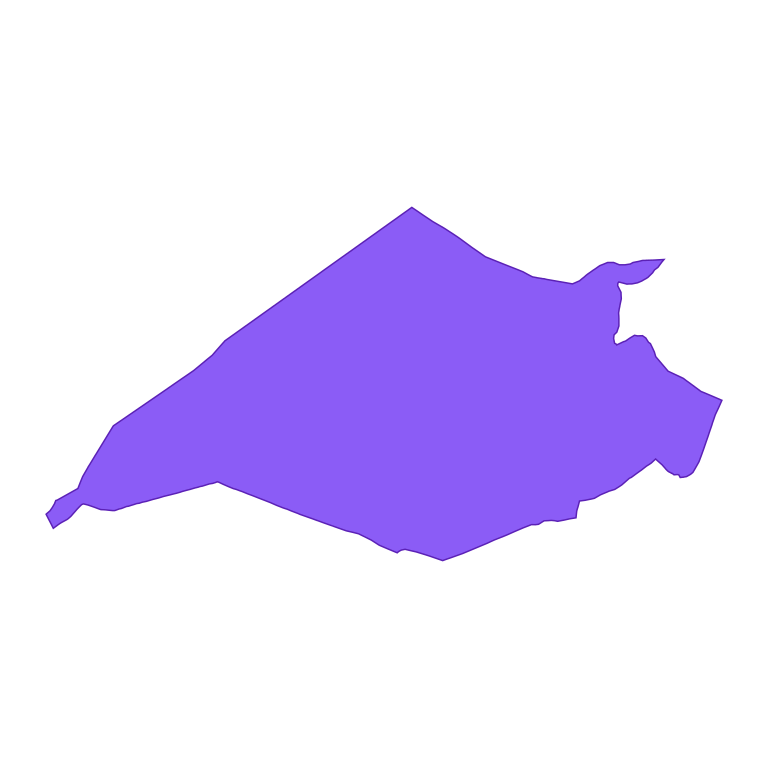 the district of Hulu Sungai Utara, Kalimantan Selatan, Indonesia
{"feature_id": "22746128B21492383155838", "entity_name": "Hulu Sungai Utara", "entity_type": "district", "adm_level": 2, "iso_a3": "IDN", "parent_name": "Indonesia", "parent_adm1": "Kalimantan Selatan", "projection": "robinson", "projection_center": [115.192, -2.43], "detail": "fine", "context": "isolated", "style": "filled", "palette": "violet", "viewbox_px": 768, "rotation_deg": 0, "n_neighbors": 0, "source": "geoboundaries", "source_scale": "gbopen_adm2", "svg_char_len": 5352}
<svg xmlns="http://www.w3.org/2000/svg" viewBox="0 0 768 768"><path d="M664.0,259.5L653.7,260.1L646.0,260.3L645.9,260.4L645.4,260.4L643.0,260.4L641.8,260.6L638.7,261.4L633.0,262.5L630.3,264.0L629.6,264.1L625.0,264.8L624.3,264.8L623.8,264.8L623.0,264.8L619.8,264.8L619.5,264.8L618.8,264.6L618.3,264.4L617.7,264.1L617.3,264.0L615.7,263.3L613.6,262.5L610.1,262.5L607.6,262.5L605.9,263.2L602.7,264.5L599.9,265.6L598.4,266.6L595.9,268.4L594.1,269.6L593.0,270.3L590.5,272.1L590.4,272.2L589.8,272.6L587.9,273.9L586.1,275.3L584.9,276.4L583.6,277.5L581.9,278.8L581.5,279.2L580.5,280.0L579.6,280.8L578.9,281.1L577.3,281.8L574.8,282.9L572.9,283.7L572.8,283.8L572.4,283.9L572.0,283.8L568.5,283.2L565.2,282.6L558.8,281.5L547.2,279.5L546.2,279.3L544.3,278.8L542.3,278.6L542.0,278.6L541.9,278.6L541.6,278.5L541.5,278.4L541.4,278.4L541.2,278.4L537.3,277.8L536.8,277.7L536.6,277.6L532.6,276.9L530.2,275.7L527.2,274.1L523.0,271.8L519.5,270.4L519.1,270.2L508.4,266.0L505.1,264.7L485.4,256.8L471.3,247.0L471.2,246.9L459.5,238.3L456.6,236.3L447.0,230.0L446.7,229.8L444.2,228.2L435.9,223.4L432.8,221.6L423.7,215.5L419.6,212.7L418.3,211.8L411.8,207.4L392.9,220.9L378.9,230.9L360.0,244.4L322.7,271.0L320.1,272.9L228.3,338.4L225.9,340.1L225.1,340.7L224.9,340.8L224.1,341.8L223.6,342.3L215.5,351.5L212.2,355.3L208.1,358.6L193.6,370.6L174.3,383.9L164.5,390.7L160.0,393.8L158.1,395.1L113.4,425.8L112.8,426.7L96.0,454.2L94.9,455.9L94.7,456.3L89.7,464.5L88.1,467.0L88.0,467.3L87.9,467.5L82.7,476.5L80.4,482.1L77.9,488.5L57.2,500.1L55.8,500.5L54.8,502.9L54.7,503.4L52.3,507.5L50.3,510.4L49.9,510.9L46.3,514.0L46.1,514.2L46.9,515.8L47.5,517.0L47.7,517.3L48.0,518.0L50.3,522.4L53.3,528.3L58.4,524.5L58.6,524.4L59.2,524.0L59.4,523.8L61.7,522.4L66.7,519.7L67.8,519.0L70.7,516.5L71.8,515.3L72.2,514.8L75.2,511.4L77.0,509.3L79.1,507.1L79.9,506.3L80.5,505.7L81.2,505.0L81.4,504.9L81.8,504.5L83.5,503.9L87.9,505.0L91.4,506.2L95.1,507.5L98.8,508.9L100.8,509.6L105.1,509.8L110.6,510.4L112.8,510.6L114.4,510.6L115.3,510.4L116.1,510.1L119.1,509.0L121.4,508.5L124.0,507.5L126.5,506.5L128.6,506.2L131.0,505.4L134.3,504.4L136.6,503.6L139.4,503.2L142.3,502.2L146.3,501.4L152.6,499.5L158.5,498.0L163.7,496.4L170.3,494.8L174.1,493.8L175.9,493.4L179.8,492.3L182.5,491.4L187.3,490.1L190.1,489.4L191.4,489.0L195.1,487.9L198.1,487.2L199.8,486.6L202.4,486.1L205.6,485.1L209.4,483.9L212.7,483.4L213.3,483.2L214.2,482.9L215.0,482.7L215.5,482.5L216.7,482.0L217.0,481.8L217.2,481.7L217.6,482.0L218.3,482.0L223.2,484.3L228.2,486.5L233.3,488.6L236.2,489.4L240.2,490.9L242.0,491.5L247.6,493.8L252.2,495.5L260.1,498.6L270.4,502.6L276.5,505.3L280.1,506.7L282.6,507.7L284.9,508.5L287.2,509.2L291.2,510.9L296.7,513.0L297.8,513.4L299.8,514.3L313.4,519.1L317.1,520.5L317.6,520.6L323.0,522.6L346.2,530.8L352.7,532.3L358.6,533.8L371.3,540.1L379.2,545.2L388.3,549.1L391.0,550.2L391.2,550.3L396.7,552.6L397.2,552.8L397.6,552.4L398.8,551.5L399.1,551.3L399.2,551.2L401.3,550.1L403.6,549.6L405.1,549.3L410.5,550.6L416.2,551.9L425.3,554.7L429.4,556.0L437.2,558.7L442.4,560.5L442.7,560.6L445.4,559.6L450.9,557.7L462.7,553.5L478.7,546.8L487.3,543.2L490.3,541.8L490.5,541.7L494.7,539.8L504.6,535.9L507.7,534.6L514.9,531.4L523.3,527.8L531.5,524.6L535.3,524.7L538.5,524.3L540.3,523.2L542.0,522.1L544.1,520.8L548.6,520.6L549.6,520.5L551.3,520.4L554.7,520.7L557.6,521.3L564.0,520.1L569.8,518.8L574.2,518.1L576.0,517.8L576.3,514.9L576.7,511.2L577.1,509.6L577.9,507.1L578.5,504.9L579.5,501.0L585.0,500.3L591.4,499.0L594.4,498.3L597.2,496.7L600.5,494.8L603.8,493.4L607.9,491.7L608.6,491.3L614.8,489.4L619.4,486.5L621.8,484.9L624.7,482.4L629.3,478.3L631.3,477.4L633.5,475.8L635.5,474.3L637.3,473.0L639.8,471.2L641.4,470.1L642.3,469.4L646.5,466.1L649.4,464.3L651.3,463.0L652.8,461.6L655.6,459.0L657.9,461.1L662.2,464.9L662.7,465.5L665.1,468.2L665.9,469.2L667.3,470.6L667.7,471.0L669.1,472.0L670.5,472.6L671.0,472.9L671.4,473.3L671.9,473.3L672.2,473.4L674.0,474.8L675.4,474.7L676.4,474.6L678.0,474.6L678.8,475.0L679.0,475.1L679.5,476.2L680.2,477.5L682.0,477.3L682.7,477.2L683.5,477.2L684.1,477.0L686.5,476.6L687.8,475.9L688.1,475.7L689.6,474.9L690.4,474.4L691.0,474.0L691.7,473.4L692.9,472.4L695.3,468.3L697.9,463.7L699.0,461.7L700.1,458.8L700.1,458.7L701.0,456.4L703.6,449.2L706.2,441.6L708.3,435.6L708.7,434.3L709.6,431.6L711.4,426.4L712.0,424.6L712.1,424.2L712.6,422.5L713.2,420.9L715.3,414.7L718.7,407.5L721.9,400.3L720.9,399.9L714.0,396.9L704.8,393.0L703.6,392.5L700.9,391.4L695.0,387.0L690.4,383.6L687.8,381.7L686.5,380.8L684.7,379.4L683.4,378.4L668.1,371.2L655.7,356.6L654.4,352.1L652.8,348.6L650.4,343.6L648.5,342.3L648.4,342.1L645.8,338.0L642.5,335.7L637.6,335.9L634.5,335.3L629.8,338.1L625.5,341.1L623.5,341.7L616.8,344.9L616.6,344.9L616.4,344.4L616.2,344.1L615.6,343.8L615.1,343.5L614.6,343.3L613.6,338.4L613.7,337.9L613.9,336.0L614.1,334.8L616.8,332.2L618.9,326.0L618.9,324.2L618.9,321.3L618.9,318.6L618.8,316.0L618.7,314.5L618.6,313.0L618.7,312.2L618.9,311.1L619.0,310.5L619.1,309.5L619.7,306.8L619.9,305.4L620.9,300.7L621.1,299.8L621.2,299.2L621.3,298.6L621.1,295.4L621.0,292.3L617.7,285.8L617.7,285.7L617.8,283.4L618.4,282.5L618.8,282.0L620.0,282.3L621.9,282.8L622.7,283.0L623.1,283.1L626.9,284.1L628.2,284.0L630.4,283.9L632.0,283.9L637.6,282.8L641.8,281.0L643.8,279.8L646.2,278.5L647.9,277.4L652.7,272.7L652.8,272.5L654.5,269.9L657.9,267.4L661.9,262.0L664.0,259.5Z" fill="#8b5cf6" stroke="#5b21b6" stroke-width="1.5"/></svg>